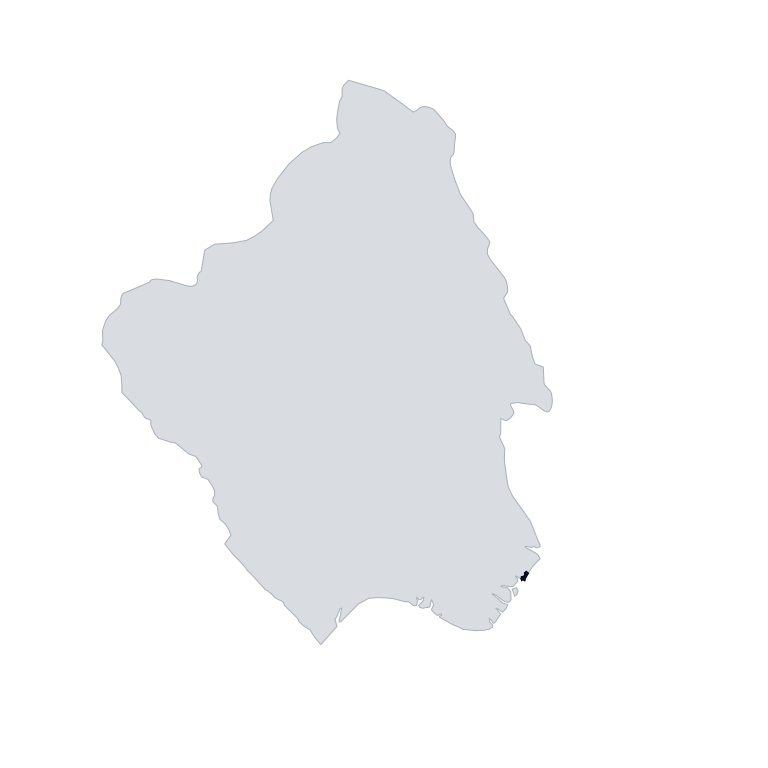 Eastern Obolo, Akwa Ibom, Nigeria shown in context, rotated 315°
{"feature_id": "59680162B7891718144591", "entity_name": "Eastern Obolo", "entity_type": "district", "adm_level": 2, "iso_a3": "NGA", "parent_name": "Nigeria", "parent_adm1": "Akwa Ibom", "projection": "equal_earth", "projection_center": [7.662, 4.523], "detail": "fine", "context": "in_parent", "style": "filled", "palette": "ink", "viewbox_px": 768, "rotation_deg": 315, "n_neighbors": 0, "source": "geoboundaries", "source_scale": "gbopen_adm2", "svg_char_len": 4458}
<svg xmlns="http://www.w3.org/2000/svg" viewBox="0 0 768 768"><g transform="rotate(315 384 384)"><path d="M573.6,144.1L591.3,176.3L595.2,200.3L596.8,212.1L599.7,213.5L605.1,214.1L609.1,216.5L611.5,220.4L613.1,224.1L613.4,226.3L612.4,240.7L611.0,245.9L611.9,253.0L611.6,256.0L611.1,258.1L608.6,260.5L605.3,262.8L597.4,269.7L595.2,270.7L591.9,270.8L589.0,272.6L585.6,276.3L578.3,290.1L572.1,303.9L567.6,326.3L562.1,333.3L561.1,339.6L560.3,353.6L559.5,357.8L558.6,359.1L552.6,361.7L549.2,364.9L547.1,371.3L544.6,392.9L543.7,396.5L541.7,400.2L538.7,404.2L536.0,406.5L529.1,408.0L522.6,424.2L522.6,427.1L519.7,441.9L514.7,453.0L514.4,460.2L508.1,470.0L504.9,476.7L508.3,483.7L508.5,484.8L497.7,496.6L497.0,498.4L496.6,506.6L495.8,508.8L493.8,511.8L490.9,515.1L487.9,517.6L484.5,519.4L481.3,520.1L479.5,519.0L478.4,516.5L476.6,506.5L475.7,504.4L473.6,502.5L465.2,491.4L460.1,487.6L459.0,487.8L458.2,488.9L456.7,494.5L455.3,496.5L452.7,497.2L448.0,497.2L444.6,496.5L443.9,495.4L442.2,491.0L431.9,501.1L428.2,503.3L423.6,515.2L417.1,521.1L412.6,526.2L400.5,542.4L398.1,547.1L395.7,554.2L390.5,584.6L382.2,603.6L381.0,607.6L380.6,607.5L379.5,609.2L376.2,608.1L374.8,604.6L372.8,604.0L369.3,598.8L368.6,599.7L372.2,612.8L370.9,617.9L360.7,618.0L351.8,619.8L345.8,619.6L342.8,617.8L341.4,612.8L340.9,613.4L340.6,616.0L338.7,618.1L331.9,618.4L328.9,615.1L326.4,611.3L323.8,609.7L324.2,611.3L327.2,614.9L326.9,620.2L321.4,626.3L317.9,626.6L315.8,624.0L314.7,619.7L314.1,613.4L312.7,609.2L311.9,609.2L312.8,616.1L312.9,622.5L315.5,627.5L311.5,629.1L306.7,629.3L306.1,627.4L305.5,623.3L304.6,622.2L303.7,629.2L293.8,631.1L292.4,630.9L292.1,629.6L292.9,627.6L292.7,624.5L290.5,626.9L290.2,631.8L288.9,632.5L285.2,631.8L281.1,629.3L274.4,623.2L266.3,613.3L265.0,608.8L262.6,603.3L258.4,588.2L259.2,587.5L261.1,588.3L262.0,586.9L258.6,585.8L257.9,584.7L257.7,581.4L257.8,577.3L263.0,575.2L264.2,572.7L264.9,570.2L258.5,574.0L252.6,569.7L251.3,567.1L252.0,565.1L258.8,565.0L261.3,563.0L259.8,562.4L257.2,562.4L256.2,561.2L256.3,558.1L255.4,558.7L254.3,561.5L250.3,563.5L248.0,561.5L247.7,557.0L247.2,555.0L245.3,553.4L238.3,541.5L229.5,531.5L221.7,524.7L209.9,521.4L185.3,521.6L183.9,520.6L185.4,519.1L187.6,518.0L195.5,512.5L194.2,511.7L185.9,515.2L183.1,515.5L179.4,522.2L155.1,523.6L155.2,520.6L156.3,511.9L157.8,505.8L156.2,498.5L155.8,491.9L156.8,489.8L157.2,487.3L157.0,470.3L158.3,467.8L158.4,466.1L155.9,458.8L155.9,453.3L155.5,447.9L154.6,445.5L155.7,424.7L155.4,419.6L156.2,416.0L156.7,407.0L156.7,398.3L158.3,384.5L168.7,382.7L171.3,377.3L172.8,370.4L172.3,363.6L175.7,357.7L179.8,352.5L179.7,346.7L180.8,344.9L182.8,343.6L185.5,342.9L188.6,340.0L190.4,335.0L192.1,326.9L189.5,321.3L189.5,320.1L190.5,317.1L192.2,314.1L193.5,313.1L196.5,313.9L197.5,312.7L199.5,303.8L199.3,301.4L196.5,295.5L195.0,279.4L194.2,277.3L192.1,274.4L186.3,263.1L186.5,257.7L188.9,250.9L190.6,247.5L192.8,245.7L193.2,244.1L192.6,242.2L191.5,240.8L191.2,237.7L192.4,233.4L192.1,228.7L192.7,204.6L197.5,199.8L204.3,191.9L207.9,183.7L209.8,177.5L212.2,156.8L215.8,154.6L222.7,147.1L232.0,142.6L238.1,141.3L248.7,142.2L254.0,141.4L258.6,137.3L260.7,136.2L263.6,135.5L290.0,146.2L292.4,145.7L294.4,146.5L297.7,149.3L305.5,159.3L313.7,174.8L316.2,178.1L318.8,179.9L321.4,180.6L323.3,180.3L325.2,178.9L327.8,175.9L331.7,174.6L334.8,174.8L351.3,163.0L352.9,162.8L363.0,165.4L376.9,177.3L388.1,185.1L396.1,187.7L405.4,189.5L421.3,190.1L433.2,173.4L437.6,169.7L442.9,166.5L454.1,163.4L472.5,161.2L489.8,162.2L500.6,165.0L512.0,170.5L516.9,175.7L524.6,176.6L530.1,175.5L531.9,170.4L537.4,163.6L545.6,157.3L552.3,152.9L557.9,150.9L562.8,145.9L566.7,144.3L573.6,144.1ZM332.5,625.2L328.8,626.8L326.3,626.4L329.7,619.5L331.4,621.0L333.6,621.6L332.5,625.2Z" fill="#d9dde1" stroke="#a8b0b8" stroke-width="1"/><path d="M342.6,620.2L343.0,620.3L343.3,620.5L343.6,620.7L344.0,621.1L344.1,621.3L344.2,621.5L344.2,621.9L344.2,622.1L344.3,622.5L344.6,622.6L344.9,622.3L345.7,621.8L346.4,621.4L346.7,621.2L346.9,621.2L347.2,621.2L347.7,621.0L348.9,620.7L349.7,620.5L350.7,620.2L350.8,620.2L352.2,619.9L352.0,617.2L351.9,617.2L351.2,617.1L350.8,617.1L349.9,617.0L349.5,617.4L349.2,617.9L348.9,618.7L348.9,618.8L348.1,618.5L347.9,618.5L347.7,618.9L346.9,619.5L346.6,619.1L346.3,618.7L346.0,618.3L345.7,618.1L345.7,618.9L345.6,619.0L345.5,618.9L345.3,618.8L344.7,617.8L344.4,618.1L344.0,618.3L343.6,618.4L343.3,618.5L342.9,619.5L342.9,619.9L342.6,620.2Z" fill="#0f172a" stroke="#020617" stroke-width="1.5"/></g></svg>